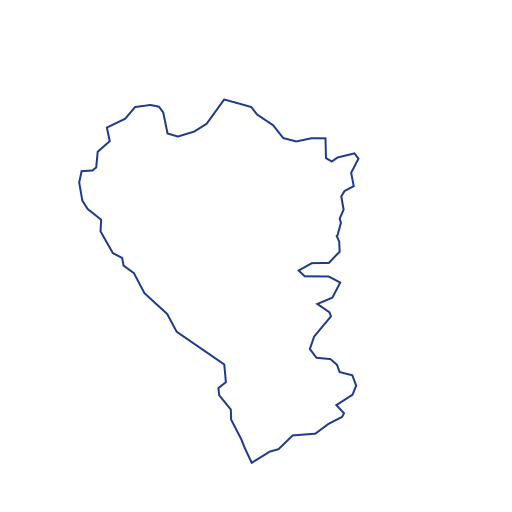 the Administrative County of Surrey, rotated 65°
{"feature_id": "GBR-2755", "entity_name": "Surrey", "entity_type": "Administrative County", "adm_level": 1, "iso_a3": "GBR", "parent_name": "United Kingdom", "parent_adm1": "", "projection": "mercator", "projection_center": [-0.379, 51.274], "detail": "fine", "context": "isolated", "style": "outline", "palette": "blue", "viewbox_px": 512, "rotation_deg": 65, "n_neighbors": 0, "source": "natural_earth", "source_scale": "10m", "svg_char_len": 1249}
<svg xmlns="http://www.w3.org/2000/svg" viewBox="0 0 512 512"><g transform="rotate(65 256 256)"><path d="M234.0,137.9L234.5,148.3L238.0,153.5L251.0,157.0L257.5,164.4L261.8,165.0L271.9,173.6L272.0,174.4L278.1,174.5L287.5,178.4L289.5,183.8L293.1,192.9L286.1,208.3L287.2,223.5L295.0,220.4L305.3,198.8L315.7,190.9L326.0,204.4L325.4,220.7L338.1,213.2L342.4,213.6L348.4,226.4L353.6,237.4L363.1,246.5L373.8,244.2L380.9,232.1L388.8,228.6L396.6,229.2L404.8,219.1L415.8,220.0L421.2,225.7L422.5,227.2L425.1,246.2L435.7,242.7L438.2,246.0L438.8,261.4L442.1,277.4L434.1,298.6L440.6,317.2L439.1,326.2L441.6,347.3L424.6,347.3L415.8,346.8L393.8,347.7L384.5,343.7L366.7,348.2L359.8,345.9L357.6,336.6L340.9,330.6L291.2,359.9L271.0,361.0L242.6,372.8L220.0,373.9L208.7,380.1L201.2,378.1L192.9,384.5L168.0,386.5L157.7,381.0L142.3,388.7L132.5,390.0L114.7,385.2L105.4,378.2L109.4,368.1L108.2,363.4L94.6,355.4L90.1,340.0L76.6,336.9L76.3,316.5L69.9,302.6L74.4,288.1L79.6,280.9L86.6,279.4L107.6,284.4L114.7,276.3L117.1,259.4L115.3,244.9L100.7,218.7L119.0,197.3L128.1,195.3L144.8,185.2L160.6,181.5L169.2,171.1L172.7,156.1L178.7,143.3L196.9,151.2L202.4,147.4L201.2,140.3L204.6,123.4L211.1,122.0L220.8,134.6L234.0,137.9Z" fill="none" stroke="#1e3a8a" stroke-width="2"/></g></svg>